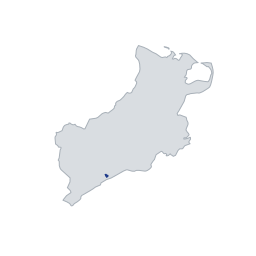 Dowletli, Chardzhou, Turkmenistan shown in context, rotated 116°
{"feature_id": "10190150B29958547271775", "entity_name": "Dowletli", "entity_type": "district", "adm_level": 2, "iso_a3": "TKM", "parent_name": "Turkmenistan", "parent_adm1": "Chardzhou", "projection": "robinson", "projection_center": [63.503, 39.056], "detail": "fine", "context": "in_parent", "style": "filled", "palette": "blue", "viewbox_px": 256, "rotation_deg": 116, "n_neighbors": 0, "source": "geoboundaries", "source_scale": "gbopen_adm2", "svg_char_len": 3799}
<svg xmlns="http://www.w3.org/2000/svg" viewBox="0 0 256 256"><g transform="rotate(116 128 128)"><path d="M79.5,89.2L90.1,89.8L93.4,90.2L94.8,88.8L94.7,88.4L94.2,88.1L93.5,87.1L92.9,80.5L93.9,79.5L95.0,78.8L96.6,76.7L97.4,76.1L98.7,75.6L102.7,75.4L104.4,75.0L105.9,72.6L106.3,71.3L107.4,70.1L108.0,70.2L110.8,71.1L111.3,71.6L112.2,73.3L113.3,73.2L113.4,72.9L113.3,72.6L112.6,71.5L110.9,69.5L109.2,68.3L109.1,67.8L110.6,66.9L113.4,67.3L114.2,67.0L115.0,65.4L118.7,68.9L119.4,69.3L122.5,69.8L123.0,70.2L124.0,72.3L125.0,72.8L126.3,73.2L131.7,73.3L133.4,74.7L133.6,75.0L133.3,76.0L133.2,77.8L132.7,78.6L133.0,78.9L134.9,79.6L136.0,80.8L136.1,81.4L135.8,81.7L134.9,81.5L134.5,82.1L134.4,83.0L135.1,83.9L135.2,84.8L134.3,86.7L134.3,87.5L134.5,88.0L139.4,90.9L140.2,91.0L144.9,90.4L145.8,90.8L149.9,91.4L151.1,91.3L151.9,90.4L152.6,90.0L153.4,90.0L155.3,90.6L157.4,91.8L158.8,93.0L159.4,94.0L161.3,99.7L162.5,102.0L164.0,103.2L165.0,105.4L165.9,110.3L166.5,111.3L168.7,113.2L180.3,121.2L183.8,124.7L189.2,128.2L191.2,127.8L195.4,131.4L198.1,132.8L201.6,135.0L208.9,140.0L210.5,140.2L212.2,139.5L213.8,139.9L216.5,141.2L219.5,143.1L222.0,143.7L222.7,144.6L222.8,145.0L221.4,147.4L221.2,150.5L221.4,154.7L220.7,154.7L215.8,153.6L211.1,151.0L210.0,151.8L209.4,152.7L208.2,156.3L201.9,156.5L198.2,158.2L194.8,169.9L194.0,171.3L192.0,173.2L188.3,175.1L187.8,175.8L187.6,176.5L187.2,176.7L185.2,176.7L177.5,179.3L175.8,179.3L175.1,179.5L174.8,179.9L175.6,182.2L174.9,182.9L174.5,184.1L174.1,186.1L169.0,189.2L167.9,189.6L165.9,189.3L164.8,189.6L163.7,190.6L163.2,190.3L163.0,189.3L162.5,188.7L159.3,186.1L155.7,186.5L154.3,186.3L153.2,185.9L151.6,184.4L150.5,183.0L149.4,183.2L149.1,182.6L149.0,181.8L149.4,180.9L149.3,179.1L148.7,177.9L147.9,177.3L148.8,175.3L148.8,173.8L148.3,172.1L148.1,169.8L148.3,167.5L147.6,166.3L136.9,166.4L133.2,161.0L131.6,159.7L126.4,157.5L124.9,156.2L123.8,154.9L123.5,153.1L122.9,152.0L122.1,151.8L118.0,149.7L116.3,149.1L114.1,149.7L112.7,149.1L111.2,149.9L110.5,149.9L108.8,149.4L106.7,147.5L105.0,146.7L101.4,145.5L98.8,145.1L96.5,144.3L96.3,144.1L96.3,142.4L96.0,141.8L95.3,140.9L94.4,140.3L90.5,140.4L88.8,139.8L87.3,139.7L84.2,139.8L83.2,140.2L82.6,140.8L82.2,142.3L81.9,142.6L78.8,142.6L72.4,142.3L69.7,143.1L65.5,145.5L63.0,147.6L62.3,148.5L60.8,152.1L60.1,152.7L59.3,153.1L58.5,153.1L54.6,154.6L53.1,154.9L49.3,154.7L48.6,149.4L48.5,145.1L49.1,139.2L49.0,135.4L49.9,129.6L49.7,128.2L47.8,125.7L47.6,123.9L46.4,123.8L44.6,122.3L42.7,121.8L41.8,121.7L40.9,122.2L40.2,123.0L39.8,121.7L39.9,120.3L41.5,117.3L42.4,118.2L43.6,118.5L46.4,118.4L46.2,117.4L44.8,116.4L44.5,115.0L44.7,113.7L45.1,112.4L44.7,111.9L44.0,111.5L42.5,111.6L38.4,111.1L37.9,112.6L38.9,114.6L37.2,112.3L36.0,110.0L35.3,107.3L35.3,104.4L37.1,99.7L38.6,93.9L40.1,96.3L41.2,97.4L43.7,98.1L44.9,97.9L46.2,97.3L47.5,97.5L49.4,100.0L50.8,100.3L53.8,99.3L55.2,99.1L56.4,99.5L57.6,99.5L57.1,98.4L56.9,97.2L57.7,96.6L60.0,97.3L61.9,96.6L62.2,96.3L62.4,95.3L62.3,93.3L61.9,92.5L60.8,91.3L56.8,88.5L55.5,87.4L54.4,86.0L52.8,80.3L51.5,76.6L51.0,76.2L48.6,75.9L44.0,76.8L42.4,76.6L41.6,77.0L39.7,78.5L38.8,79.8L37.5,82.8L38.3,83.8L37.4,88.9L37.7,91.1L36.3,88.5L34.6,85.8L33.2,81.7L36.1,79.0L38.5,77.1L41.0,75.7L43.6,74.8L49.5,73.3L52.7,72.7L55.3,72.6L57.3,73.5L62.6,76.8L64.8,78.7L65.5,79.5L66.1,81.2L69.8,87.0L70.7,87.8L72.2,89.7L73.7,90.2L79.5,89.2ZM39.3,130.6L39.1,131.4L38.5,129.1L38.2,126.5L38.7,125.8L39.2,125.8L38.7,126.8L39.3,130.6Z" fill="#d9dde1" stroke="#a8b0b8" stroke-width="1"/><path d="M180.5,125.1L180.0,125.2L179.9,125.2L179.6,125.4L179.6,125.5L179.8,125.7L179.8,126.4L179.8,126.7L179.8,126.8L179.7,127.0L179.5,127.3L179.6,127.6L179.8,127.8L179.9,127.7L180.1,127.4L180.7,127.0L180.8,126.7L180.8,126.3L180.8,126.2L181.3,125.7L180.5,125.1Z" fill="#3b82f6" stroke="#1e3a8a" stroke-width="1.5"/></g></svg>